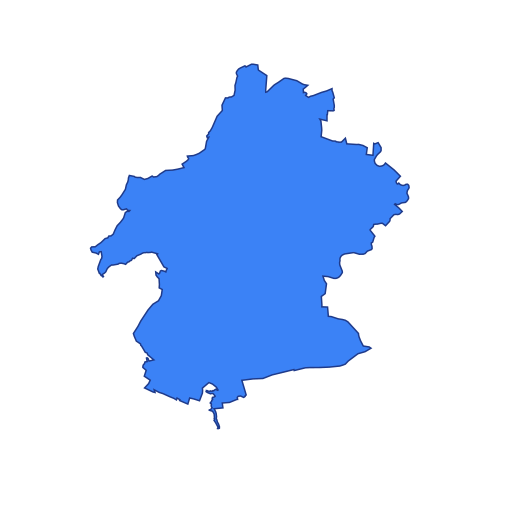 the district of Sieu-Odorhei, Bistrita-Nasaud, Romania, rotated 45°
{"feature_id": "2599482B30244428073322", "entity_name": "Sieu-Odorhei", "entity_type": "district", "adm_level": 2, "iso_a3": "ROU", "parent_name": "Romania", "parent_adm1": "Bistrita-Nasaud", "projection": "albers", "projection_center": [24.269, 47.13], "detail": "fine", "context": "isolated", "style": "filled", "palette": "blue", "viewbox_px": 512, "rotation_deg": 45, "n_neighbors": 0, "source": "geoboundaries", "source_scale": "gbopen_adm2", "svg_char_len": 6141}
<svg xmlns="http://www.w3.org/2000/svg" viewBox="0 0 512 512"><g transform="rotate(45 256 256)"><path d="M344.4,370.4L342.7,369.2L342.6,367.8L344.1,365.9L347.3,364.7L347.6,363.0L347.2,362.7L347.3,361.2L333.9,353.9L340.8,345.0L347.5,337.7L351.5,328.6L363.1,309.5L364.0,310.0L370.0,300.1L372.9,296.9L380.0,289.7L386.5,282.6L393.1,274.5L394.6,271.6L395.6,269.3L395.5,265.0L397.2,253.0L400.8,246.5L402.5,239.9L400.3,240.3L395.5,243.8L389.8,242.0L386.0,240.3L384.4,239.3L383.2,238.3L367.5,237.6L364.6,238.3L362.0,239.8L358.6,242.3L352.1,245.6L349.8,247.5L342.7,241.5L338.5,245.4L337.3,244.1L330.8,238.4L331.5,233.7L325.5,225.8L321.6,225.0L317.6,222.9L321.5,219.6L327.0,216.7L328.3,215.4L329.2,213.7L329.6,211.9L329.5,210.0L328.8,206.7L327.7,205.7L326.5,205.2L321.6,203.1L319.9,201.7L318.6,199.8L318.0,199.4L317.0,198.2L316.3,196.3L316.3,194.5L317.2,191.9L322.2,185.1L323.0,184.3L327.8,181.7L330.6,178.8L331.4,177.1L331.3,174.2L331.4,173.6L333.1,169.8L332.9,168.7L331.0,167.0L329.7,166.5L328.3,165.2L328.7,163.7L326.2,159.0L326.2,158.1L325.9,157.9L318.7,157.1L318.2,156.9L318.0,156.4L318.1,152.7L317.9,151.9L316.9,150.5L317.8,149.2L319.3,147.6L321.0,144.8L322.2,143.5L326.2,143.0L326.0,137.3L325.8,136.5L325.2,135.6L324.4,134.8L324.3,129.3L325.4,127.7L326.9,126.5L327.6,125.3L327.8,124.5L327.9,121.1L323.1,121.0L317.5,121.5L317.5,120.6L319.1,120.1L320.4,118.8L321.4,115.5L323.7,112.5L323.9,111.2L323.8,109.9L323.3,107.6L322.8,107.0L321.7,106.2L318.3,104.9L316.8,102.7L316.2,100.0L315.7,99.2L314.1,98.1L312.9,98.0L312.2,98.2L311.3,99.4L311.1,100.6L310.2,102.1L309.0,102.9L307.5,103.5L305.4,103.5L305.4,104.7L305.0,105.2L303.6,105.0L302.1,104.1L301.7,97.5L292.8,97.5L281.8,98.7L282.1,100.5L281.9,102.0L281.2,103.6L279.9,105.3L277.6,106.3L274.8,106.3L272.8,105.3L271.5,104.2L270.4,100.1L270.2,98.4L270.3,94.2L269.9,93.0L267.8,90.9L262.2,89.5L260.8,92.7L259.6,93.1L267.5,102.1L262.2,106.2L258.1,100.8L253.5,102.2L249.8,104.4L248.2,106.1L240.9,112.5L235.9,109.5L235.9,114.2L235.7,115.4L234.8,116.1L234.3,117.0L233.7,117.1L232.0,118.5L231.6,118.4L230.8,118.7L228.9,120.5L217.7,125.6L213.6,120.6L211.7,118.9L206.5,114.7L204.3,114.1L210.6,110.2L206.3,105.9L206.5,105.6L204.0,102.5L207.8,98.9L208.2,98.3L208.2,97.6L207.0,97.0L206.2,95.5L204.9,94.2L199.6,90.5L199.5,88.8L194.4,85.9L192.8,85.3L191.4,83.9L189.2,89.4L186.7,93.9L183.1,102.1L181.6,104.5L181.0,106.7L177.6,107.4L177.3,105.4L176.2,105.2L174.6,105.8L174.0,106.9L171.4,104.6L171.7,101.8L171.9,98.7L168.9,100.8L167.1,101.6L160.9,103.2L153.2,107.7L151.0,109.5L150.2,110.7L149.0,117.5L148.2,120.9L147.9,122.7L147.8,131.4L147.7,132.3L147.1,133.3L145.6,131.9L136.1,120.8L126.3,122.8L125.8,122.6L122.2,119.7L118.5,122.3L117.2,123.6L115.3,129.4L114.4,129.2L113.7,129.4L112.0,134.1L111.5,136.1L111.7,138.2L112.2,140.0L113.2,140.9L115.8,141.8L116.4,143.4L119.2,147.7L120.5,150.2L124.0,153.5L126.9,158.0L126.2,160.8L124.8,162.5L124.4,163.5L124.4,164.1L122.6,165.8L125.3,173.4L129.3,176.9L129.7,184.7L134.2,196.1L135.2,199.8L135.2,202.2L136.2,203.1L136.3,206.0L137.8,206.8L138.6,205.5L140.0,209.9L144.2,215.9L144.4,216.9L143.2,223.6L142.0,226.6L140.7,229.3L136.8,233.9L137.7,234.4L139.3,234.6L139.7,235.1L139.9,236.2L139.8,238.2L138.8,243.3L142.6,244.4L139.2,250.0L136.3,254.2L131.6,259.4L130.1,266.2L130.1,267.8L129.8,269.9L127.7,272.6L126.0,272.9L124.7,277.7L122.9,280.8L118.7,282.2L116.6,284.4L114.8,285.7L113.7,285.8L109.5,288.6L110.6,291.0L111.8,292.4L113.0,294.4L114.0,297.3L116.5,301.2L117.9,307.3L118.4,310.5L118.5,314.3L120.2,316.2L123.4,317.9L126.8,318.4L128.4,318.2L129.4,317.3L131.1,314.2L132.6,314.4L133.7,313.9L134.6,313.1L134.7,314.3L133.3,315.5L132.9,317.7L135.4,322.5L135.8,324.2L136.3,328.2L136.4,332.7L137.8,337.0L139.6,341.5L139.3,344.3L137.8,346.0L138.4,347.9L137.0,350.4L136.9,356.2L136.2,359.7L135.8,363.2L133.4,365.7L133.5,367.5L135.3,368.5L137.5,369.1L140.8,367.0L143.4,366.2L142.3,363.8L143.5,362.4L147.4,365.2L148.6,366.9L148.8,368.3L151.9,375.0L153.3,377.1L157.4,379.0L157.8,378.6L159.1,379.1L160.5,379.3L161.9,378.8L162.6,379.0L162.6,378.3L161.1,378.1L160.4,377.7L160.9,375.4L161.0,373.8L160.8,372.9L160.0,370.9L159.7,369.5L159.7,367.5L160.2,364.5L161.2,363.6L163.8,359.9L164.3,359.1L164.4,358.1L165.7,356.4L168.1,354.8L169.7,354.1L169.6,351.2L170.3,349.9L170.4,348.2L170.9,347.4L170.9,346.8L170.3,344.9L171.7,343.9L171.6,340.0L173.3,336.0L173.5,334.9L174.1,333.4L174.5,332.8L175.6,331.7L176.3,330.5L177.0,330.2L179.0,327.9L179.4,327.1L184.9,324.0L185.0,324.3L184.8,325.1L198.6,328.8L202.0,327.6L202.4,328.5L202.7,329.7L203.5,331.0L201.9,331.6L199.4,333.1L199.0,334.2L200.0,336.3L200.0,337.4L196.4,338.2L198.8,340.2L201.1,340.6L203.5,340.6L207.9,344.5L210.1,347.0L213.4,346.0L217.1,351.0L218.7,356.6L217.2,363.0L217.8,370.4L220.5,383.5L222.3,389.2L224.1,397.5L226.8,398.9L231.6,400.8L236.5,399.8L237.6,400.6L238.9,400.6L245.8,402.4L247.7,401.6L249.2,402.4L257.2,401.7L254.7,405.9L252.1,404.8L250.9,405.0L250.7,405.6L253.7,407.6L252.4,409.4L253.3,411.1L253.2,412.3L253.8,413.7L254.8,414.8L259.2,414.5L262.0,420.0L269.0,418.6L270.3,422.2L270.5,428.1L279.3,425.0L281.1,423.9L278.6,422.6L284.0,420.9L287.5,419.1L294.4,416.5L298.4,414.8L301.5,414.0L300.6,412.3L303.8,411.4L304.2,412.2L312.5,408.9L309.5,403.3L313.0,401.1L318.4,398.3L315.1,390.9L313.3,388.8L311.5,387.3L312.2,378.8L315.8,377.3L320.8,376.8L323.9,377.6L323.9,377.9L323.7,378.2L321.8,378.6L321.4,380.2L321.4,381.3L320.7,381.7L320.6,382.7L319.1,383.7L319.2,384.1L318.3,385.1L316.5,385.8L316.2,386.1L316.7,386.2L316.7,387.2L318.2,386.9L321.3,385.6L321.4,385.2L322.7,383.8L323.4,383.6L326.2,384.0L326.4,384.3L325.8,386.0L325.2,386.7L325.7,387.7L326.6,387.9L326.8,388.3L326.7,389.1L327.4,390.2L327.5,390.8L327.3,391.8L328.0,392.5L328.9,392.1L329.7,392.7L330.2,393.6L331.3,394.2L332.3,394.4L332.4,395.2L332.4,397.1L331.8,397.8L332.0,398.1L335.1,396.5L337.8,397.2L338.6,397.7L341.1,399.9L341.5,400.7L342.2,400.7L342.6,401.2L342.6,401.9L345.2,402.4L350.2,403.9L350.8,405.2L351.3,404.9L351.9,403.7L350.9,402.6L348.3,401.3L346.1,400.7L343.9,399.4L342.8,399.0L341.8,397.6L339.3,395.6L337.7,394.7L334.4,393.6L340.0,386.8L336.1,383.8L340.8,378.3L343.9,370.9L344.4,370.4Z" fill="#3b82f6" stroke="#1e3a8a" stroke-width="1.5"/></g></svg>